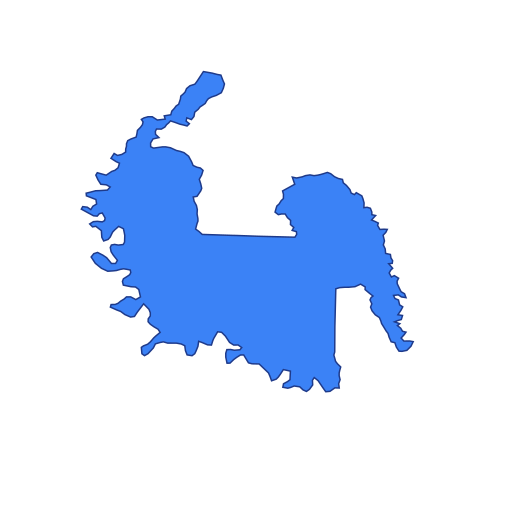 outline of Barbosa Ferraz, Paraná, Brazil, rotated 119°
{"feature_id": "56859067B3307529772083", "entity_name": "Barbosa Ferraz", "entity_type": "district", "adm_level": 2, "iso_a3": "BRA", "parent_name": "Brazil", "parent_adm1": "Paraná", "projection": "equal_earth", "projection_center": [-52.053, -24.072], "detail": "fine", "context": "isolated", "style": "filled", "palette": "blue", "viewbox_px": 512, "rotation_deg": 119, "n_neighbors": 0, "source": "geoboundaries", "source_scale": "gbopen_adm2", "svg_char_len": 5468}
<svg xmlns="http://www.w3.org/2000/svg" viewBox="0 0 512 512"><g transform="rotate(119 256 256)"><path d="M331.1,119.2L327.6,121.8L323.4,122.5L320.3,125.3L317.9,126.6L315.1,127.4L312.0,128.1L310.8,132.5L309.5,135.4L307.5,137.3L304.9,139.9L301.8,140.6L279.5,152.8L246.0,170.3L243.1,167.5L240.3,163.2L238.4,159.8L234.8,154.5L229.9,150.9L230.1,145.5L232.5,144.3L233.6,138.7L234.3,134.3L236.6,135.2L239.1,135.0L241.7,131.5L245.2,131.0L247.7,127.9L249.6,123.2L250.0,118.3L252.3,115.3L254.2,113.4L256.2,109.8L258.5,105.8L259.7,103.0L262.5,100.2L265.5,96.2L264.5,92.5L267.6,89.1L269.9,84.8L268.6,82.1L265.4,78.3L259.8,76.7L254.7,77.0L255.8,80.3L258.7,85.4L257.4,89.3L252.8,88.2L249.9,87.9L250.8,91.4L249.0,94.4L248.3,98.6L245.5,97.4L246.4,102.9L243.6,100.6L241.1,98.1L237.0,99.0L238.6,103.4L233.1,102.9L229.3,103.0L229.1,106.7L225.4,110.1L225.8,113.9L223.8,116.6L221.0,112.7L221.3,109.0L219.7,104.6L217.0,107.8L216.9,111.8L215.2,114.3L211.8,119.0L209.6,120.4L206.3,120.5L206.1,125.5L208.7,127.4L206.3,131.3L203.1,131.3L200.5,130.5L198.4,136.2L196.4,133.3L193.9,134.2L192.2,137.1L189.5,139.2L190.9,143.9L187.2,146.4L184.6,150.0L180.6,150.9L176.2,154.9L172.4,153.9L169.1,154.1L170.5,157.0L172.7,160.5L170.3,164.5L167.9,165.0L168.1,168.9L168.5,172.4L162.6,171.0L163.7,174.7L161.4,176.0L158.8,179.1L159.5,182.4L161.4,185.1L157.2,187.2L154.1,190.2L152.1,192.6L152.0,199.0L154.6,199.7L154.8,203.3L152.4,206.0L150.4,211.2L149.7,215.1L147.1,217.5L148.3,221.6L148.6,225.8L147.8,230.6L148.3,234.1L151.1,236.7L153.4,239.0L155.3,241.1L157.6,244.2L158.9,248.1L161.7,251.7L164.3,253.9L168.1,258.3L169.4,262.5L174.5,256.9L177.8,259.0L186.2,264.3L188.7,261.9L192.5,259.9L195.4,260.8L199.2,261.0L202.2,262.0L204.6,261.5L208.4,260.6L209.0,256.5L206.9,254.1L205.1,250.8L207.2,247.1L208.1,243.0L211.8,241.1L212.7,236.8L216.1,236.8L215.1,232.5L217.3,230.9L220.7,231.1L237.6,263.5L247.5,283.0L249.5,286.8L263.2,313.5L262.2,317.8L261.7,321.9L256.2,323.3L253.6,323.7L251.4,325.0L247.7,328.0L243.9,329.8L240.7,332.6L238.1,336.7L234.8,339.5L232.4,336.5L225.8,335.9L223.1,336.3L219.7,339.3L216.4,342.8L211.6,342.8L206.8,343.8L206.0,347.3L207.0,350.8L207.3,354.9L204.9,357.9L201.4,363.3L200.5,369.1L201.2,372.9L202.3,376.8L202.8,383.3L204.3,387.8L205.9,390.7L208.9,394.7L211.3,397.9L211.5,401.1L208.2,403.0L203.5,402.8L199.5,398.3L198.3,402.8L195.9,404.4L193.2,404.6L190.9,400.3L187.4,398.2L184.5,397.9L181.9,396.9L179.3,396.3L178.4,391.6L177.6,386.5L176.6,383.0L175.7,379.3L172.6,378.4L171.9,382.5L168.7,383.5L168.0,378.6L164.1,377.9L159.9,379.3L155.8,377.7L152.7,377.2L150.1,375.8L147.2,374.4L144.1,374.4L141.4,373.9L138.4,371.9L134.8,368.6L130.0,365.5L125.1,365.9L120.8,367.0L118.5,370.0L114.8,374.4L116.0,377.9L117.3,383.0L120.2,391.4L132.1,392.3L135.4,392.8L139.1,396.3L143.2,397.9L147.1,397.5L149.6,398.2L152.6,399.3L155.4,398.2L160.8,397.2L163.5,398.6L166.6,399.0L170.1,399.9L173.8,399.0L177.9,404.2L180.3,401.8L184.9,408.2L184.5,414.2L186.5,417.9L189.5,420.9L192.1,422.5L193.5,419.8L196.2,419.0L199.4,419.4L203.6,420.6L206.9,419.4L210.1,418.5L214.4,422.2L217.3,424.1L220.6,423.7L222.8,422.5L225.7,421.8L228.3,420.4L232.2,422.6L235.2,425.9L235.1,429.8L240.9,430.2L241.3,424.0L241.0,420.4L245.7,419.4L249.4,420.9L252.0,423.2L257.9,426.2L259.2,431.4L260.1,435.2L262.9,435.3L266.0,431.1L268.5,426.5L266.3,421.4L266.3,417.0L270.4,417.9L274.4,424.1L276.7,427.9L281.1,432.5L283.4,435.0L285.6,433.5L284.2,423.4L287.8,420.6L291.6,422.8L295.5,423.0L295.1,427.2L296.8,431.5L299.7,431.5L299.6,417.6L298.1,414.2L294.9,413.5L292.9,411.3L295.9,406.4L298.4,405.6L300.7,407.0L302.6,411.6L304.8,414.9L308.6,417.0L309.8,413.1L307.7,410.5L308.8,403.5L311.2,402.0L314.4,399.9L316.7,396.5L313.2,393.4L310.1,392.7L304.7,393.0L301.9,392.3L296.7,390.5L296.4,385.2L298.9,383.0L301.7,380.7L307.6,377.7L310.3,377.7L313.2,381.7L314.4,385.3L316.5,387.8L319.2,387.6L322.5,384.8L324.4,381.3L327.0,375.1L330.6,375.2L332.6,378.8L329.9,385.8L329.5,390.4L329.7,396.3L332.6,399.0L336.8,399.7L340.3,393.0L341.7,385.2L341.2,378.3L338.3,373.8L336.4,371.1L333.5,368.2L331.4,365.6L330.3,362.6L329.2,359.2L331.2,357.5L333.6,357.4L336.4,358.8L340.2,360.9L343.0,360.5L345.8,357.9L343.5,350.5L341.5,346.3L342.1,342.3L347.8,337.2L352.4,340.0L352.5,345.8L354.6,349.5L357.6,350.5L361.1,352.5L364.2,353.7L366.6,355.6L368.7,359.2L371.3,358.6L370.7,351.6L370.1,347.5L370.8,342.3L370.2,336.1L367.8,333.0L362.6,332.6L352.3,331.1L354.5,323.8L356.9,320.9L359.7,319.4L363.2,319.8L365.8,318.5L366.9,315.4L367.4,311.0L367.5,306.2L369.3,302.8L374.4,304.8L377.1,305.7L382.4,306.8L385.7,308.0L389.2,310.9L391.5,312.0L396.8,308.4L397.2,305.2L393.8,303.1L386.2,301.2L381.6,301.4L378.1,297.9L376.0,295.4L375.0,291.0L370.8,283.4L369.2,278.7L369.0,274.8L373.0,271.8L375.9,268.3L374.2,263.6L371.1,262.2L368.0,262.4L363.1,263.0L358.4,264.8L357.8,261.1L357.2,255.3L355.5,251.8L351.2,252.7L348.7,253.0L340.9,252.8L339.4,249.1L340.9,243.9L344.4,237.2L344.7,232.3L342.5,228.5L343.0,224.1L345.8,224.6L348.9,229.2L350.1,232.9L352.0,236.1L355.7,235.3L359.1,233.4L363.8,229.4L362.3,226.8L357.4,225.3L353.9,223.7L350.1,221.6L348.5,218.8L353.1,210.8L352.2,207.2L348.9,200.9L352.2,188.4L354.6,185.3L357.6,181.9L353.9,178.6L351.1,177.8L347.8,177.4L342.1,177.0L340.0,170.1L347.7,166.3L350.5,167.5L354.4,170.0L357.8,168.9L356.2,164.1L354.3,162.1L351.2,159.6L349.2,154.3L350.3,150.0L350.0,146.2L346.7,144.6L341.3,143.9L337.3,146.4L334.1,146.1L334.9,141.3L338.8,133.6L340.9,129.2L338.5,125.7L333.1,123.1L331.1,119.2Z" fill="#3b82f6" stroke="#1e3a8a" stroke-width="1.5"/></g></svg>